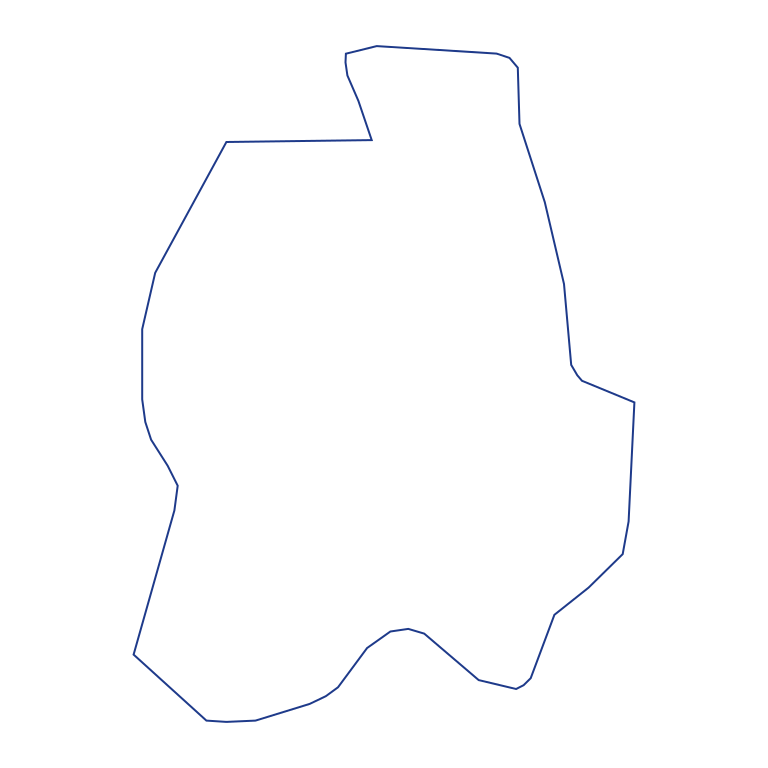 outline of Phnom Penh
{"feature_id": "KHM-1789", "entity_name": "Phnom Penh", "entity_type": "Municipality", "adm_level": 1, "iso_a3": "KHM", "parent_name": "Cambodia", "parent_adm1": "", "projection": "mercator", "projection_center": [104.875, 11.558], "detail": "fine", "context": "isolated", "style": "outline", "palette": "blue", "viewbox_px": 768, "rotation_deg": 0, "n_neighbors": 0, "source": "natural_earth", "source_scale": "10m", "svg_char_len": 659}
<svg xmlns="http://www.w3.org/2000/svg" viewBox="0 0 768 768"><path d="M376.7,46.1L496.6,53.6L509.5,57.9L517.8,67.7L519.5,123.9L544.8,202.2L564.0,284.0L571.2,364.9L577.3,375.3L582.0,380.8L634.4,402.4L628.6,521.5L622.7,554.1L588.6,587.6L554.4,614.8L530.7,678.2L523.6,685.2L516.1,689.0L478.7,680.1L424.2,633.6L408.3,628.9L390.4,631.5L367.1,648.0L338.0,687.3L325.8,696.2L309.7,703.9L255.5,720.6L226.4,721.9L206.4,720.6L133.6,654.6L174.4,510.4L177.7,485.7L167.7,465.8L151.1,439.7L145.3,422.0L142.2,399.4L142.2,329.2L155.2,272.8L226.4,142.0L371.7,140.1L358.4,100.9L347.4,75.5L345.5,62.4L345.9,53.7L376.7,46.1Z" fill="none" stroke="#1e3a8a" stroke-width="2"/></svg>